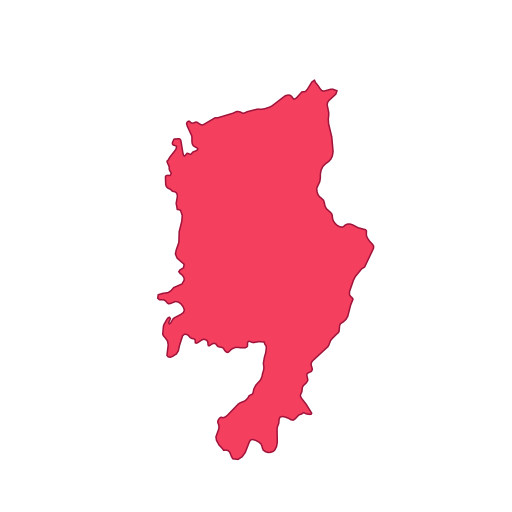 the Region of Osh, rotated 303°
{"feature_id": "KGZ-1122", "entity_name": "Osh", "entity_type": "Region", "adm_level": 1, "iso_a3": "KGZ", "parent_name": "Kyrgyzstan", "parent_adm1": "", "projection": "natural_earth1", "projection_center": [73.025, 40.164], "detail": "fine", "context": "isolated", "style": "filled", "palette": "rose", "viewbox_px": 512, "rotation_deg": 303, "n_neighbors": 0, "source": "natural_earth", "source_scale": "10m", "svg_char_len": 5962}
<svg xmlns="http://www.w3.org/2000/svg" viewBox="0 0 512 512"><g transform="rotate(303 256 256)"><path d="M435.3,209.3L434.0,211.2L433.5,212.6L433.4,213.1L432.6,215.5L431.3,218.4L430.5,221.1L431.3,223.2L436.4,227.7L437.7,229.5L438.7,233.9L435.3,234.8L426.2,232.5L423.8,232.4L421.7,233.2L416.2,238.6L414.4,239.9L410.2,242.1L406.6,244.7L397.0,254.8L385.5,263.8L381.6,265.5L378.3,266.0L375.0,265.5L371.2,264.1L367.5,263.3L363.6,263.8L359.9,265.3L356.4,267.5L353.0,269.0L345.9,270.0L343.0,272.3L341.9,273.7L340.9,275.3L340.3,277.1L340.1,279.1L339.5,282.3L337.7,284.5L335.5,286.6L334.0,289.3L333.1,295.0L332.6,296.5L331.8,297.6L328.7,300.2L327.4,302.1L326.4,304.6L325.9,307.3L326.1,309.9L327.1,312.6L328.6,313.5L330.4,313.9L332.5,315.2L334.1,317.5L334.8,320.4L335.3,326.2L337.7,333.5L337.2,335.0L334.8,336.4L333.0,337.8L331.7,339.8L330.4,342.8L329.2,347.5L328.2,349.4L326.3,350.4L305.9,353.1L302.8,351.6L292.8,350.5L288.9,350.9L277.1,353.8L274.4,355.5L273.6,357.6L273.3,359.6L272.6,360.9L266.4,362.1L255.4,365.8L251.9,366.0L248.1,365.0L246.2,364.1L244.9,363.7L243.5,363.9L238.1,366.7L236.5,366.8L234.6,366.2L227.8,364.8L225.6,364.6L220.9,365.6L219.2,365.7L199.1,360.6L197.3,360.5L195.4,361.0L194.3,362.0L192.2,364.5L191.0,365.2L189.2,365.2L186.5,363.5L184.9,363.0L183.7,363.5L180.3,367.0L178.5,367.3L176.6,367.2L173.1,366.3L171.2,366.4L167.1,368.4L164.7,368.7L162.8,369.4L161.5,371.5L159.0,378.8L154.5,388.3L153.3,388.4L153.2,388.3L152.1,386.8L151.1,384.5L150.8,383.2L150.8,382.2L150.5,381.3L148.2,380.2L146.6,378.9L145.6,378.4L141.0,377.6L138.7,376.7L137.7,374.6L137.6,371.8L136.9,368.3L135.7,365.4L133.9,363.9L131.9,364.2L128.1,366.2L124.0,367.1L122.2,368.0L111.4,375.3L107.4,377.0L103.4,377.4L101.4,376.8L99.4,375.3L97.8,373.2L97.0,370.5L97.2,367.7L98.4,366.0L99.8,364.5L101.1,362.5L101.5,359.8L101.2,356.2L100.3,353.1L98.6,351.6L96.4,351.7L85.3,354.0L80.1,353.7L75.6,351.7L73.3,347.0L74.3,344.9L77.1,340.9L77.6,338.9L77.0,336.7L75.4,334.7L76.3,332.3L77.2,328.5L77.5,327.6L79.9,323.2L82.5,320.9L90.9,318.9L92.9,317.8L94.2,316.5L95.3,314.9L96.2,314.2L97.5,313.7L99.5,313.7L101.0,314.0L101.8,314.6L102.4,316.4L103.3,317.2L104.8,318.1L106.5,318.7L122.4,321.8L124.1,322.6L124.8,323.1L125.6,323.6L127.9,325.3L129.4,325.9L131.7,326.4L133.3,326.5L134.9,326.3L135.8,326.7L137.8,328.0L139.0,328.1L140.1,327.9L142.5,326.9L144.2,326.5L147.6,326.2L154.4,327.3L158.2,326.7L160.7,325.6L164.2,324.6L165.8,323.9L167.0,323.2L169.9,320.7L175.1,318.4L180.5,316.7L184.3,314.8L185.2,314.2L185.9,313.6L186.3,312.9L186.9,311.4L188.3,309.7L185.9,305.3L183.5,302.6L182.1,301.2L181.5,299.9L180.9,297.0L180.2,296.2L179.1,296.0L178.0,296.5L176.1,297.8L175.0,297.9L173.2,297.0L170.9,293.5L169.3,290.3L168.2,288.7L167.0,287.7L165.2,286.6L163.7,286.0L160.9,285.4L159.8,284.9L159.4,284.1L159.3,283.1L159.5,282.0L160.0,280.6L160.6,279.5L160.9,278.2L160.7,276.8L159.7,274.7L159.4,273.4L159.5,272.3L160.0,271.4L160.3,270.5L160.2,269.1L159.6,268.1L158.6,267.2L155.1,265.6L154.9,264.9L155.3,264.3L157.7,262.3L158.4,260.8L158.2,258.7L157.5,257.3L155.9,256.2L151.5,254.3L150.4,253.4L150.1,252.5L150.7,251.9L151.7,251.3L152.5,250.5L152.8,249.2L152.1,247.7L151.8,246.6L151.8,245.1L152.5,242.6L152.6,241.3L151.9,239.2L150.7,238.3L149.1,237.9L139.5,240.5L134.2,242.5L130.4,242.6L129.5,242.1L126.4,240.7L124.4,239.3L123.6,237.3L124.2,235.4L133.6,230.8L136.5,228.1L138.0,224.3L138.7,221.7L139.7,220.3L146.9,216.5L148.7,216.1L153.7,215.8L154.5,215.8L156.5,216.0L157.5,216.8L157.0,218.2L155.5,218.7L153.6,218.8L152.4,219.2L151.9,220.4L153.2,220.9L158.1,220.7L159.7,221.2L166.1,224.8L169.0,225.9L171.6,225.4L173.8,222.5L175.0,219.0L175.1,215.9L174.4,214.3L173.9,213.2L169.3,209.9L168.3,208.7L168.3,207.2L169.0,205.0L169.0,202.5L166.7,198.8L167.1,196.5L170.3,195.1L173.9,198.2L177.4,202.2L180.6,203.6L184.7,204.2L192.3,209.2L196.6,208.9L198.3,207.7L199.3,206.0L199.9,204.1L200.0,202.1L200.8,199.8L202.8,199.8L206.8,201.6L209.9,200.2L211.2,191.1L213.8,187.3L217.6,185.8L225.4,183.9L234.6,178.3L244.8,174.8L249.9,172.0L253.2,167.8L252.6,165.1L251.7,164.9L251.8,164.9L253.6,163.3L256.6,160.4L262.9,157.7L264.4,156.6L265.3,155.5L265.6,154.7L265.7,153.8L265.7,153.1L265.4,152.3L265.1,151.5L264.9,150.8L264.8,150.1L265.2,148.6L265.3,147.7L265.0,145.8L265.0,144.6L265.4,143.1L266.2,142.0L267.1,141.1L272.8,137.1L273.5,136.8L274.0,136.8L274.6,137.1L275.2,137.6L275.7,138.3L276.4,139.6L276.6,139.9L277.0,140.1L277.7,140.1L278.5,140.0L279.4,139.6L280.4,137.6L281.1,136.4L281.9,135.7L283.2,134.8L284.0,134.0L286.0,130.8L286.7,130.0L287.1,129.7L287.7,129.9L288.3,130.1L291.9,129.9L301.1,130.7L302.3,130.6L303.8,130.1L304.4,129.8L304.7,129.2L304.7,128.7L304.6,128.1L304.4,127.6L304.2,126.9L304.0,126.1L304.4,125.0L304.9,124.5L305.6,124.2L308.8,123.6L309.4,123.7L309.8,124.0L310.6,125.2L312.0,126.9L312.3,127.3L312.5,127.8L312.6,128.5L312.4,129.2L311.9,130.1L302.8,138.4L301.5,139.8L301.0,140.5L300.8,141.2L300.9,141.6L301.4,141.9L304.2,142.1L304.7,142.4L304.9,142.9L305.1,143.6L305.2,144.5L305.3,145.3L305.7,145.8L306.5,146.1L308.4,146.4L309.1,146.6L309.7,147.0L311.0,148.0L311.9,148.6L313.3,149.0L314.0,148.9L314.4,148.5L314.5,148.0L314.5,147.3L314.3,145.5L314.3,144.4L314.4,143.4L314.8,142.3L315.7,141.1L317.0,140.0L321.1,137.3L321.8,136.6L327.5,127.6L329.3,125.6L331.0,125.4L332.1,125.9L332.6,126.3L332.7,127.0L332.4,128.8L332.6,130.1L333.3,130.9L335.5,132.5L336.0,133.5L336.1,134.8L336.0,136.5L336.2,138.6L336.7,139.6L337.2,140.2L349.6,146.4L351.0,148.5L351.5,149.0L363.3,159.0L366.1,160.7L366.9,161.4L367.4,162.3L368.0,163.8L368.3,164.8L368.4,166.5L368.6,167.2L369.1,167.9L370.3,168.9L372.1,169.9L376.1,173.6L379.6,176.9L380.5,178.0L381.4,179.8L382.2,180.8L384.0,182.9L388.5,186.5L390.7,187.7L405.7,193.0L406.9,193.7L408.3,195.1L408.9,196.0L409.3,196.8L409.4,197.6L409.3,198.3L409.2,199.1L408.9,199.9L408.6,200.6L408.1,202.2L408.9,203.0L410.5,203.8L418.5,205.1L419.3,205.9L420.3,207.3L420.8,207.7L422.1,208.1L424.0,208.3L432.4,208.1L435.2,209.2L435.3,209.3Z" fill="#f43f5e" stroke="#9f1239" stroke-width="1.5"/></g></svg>